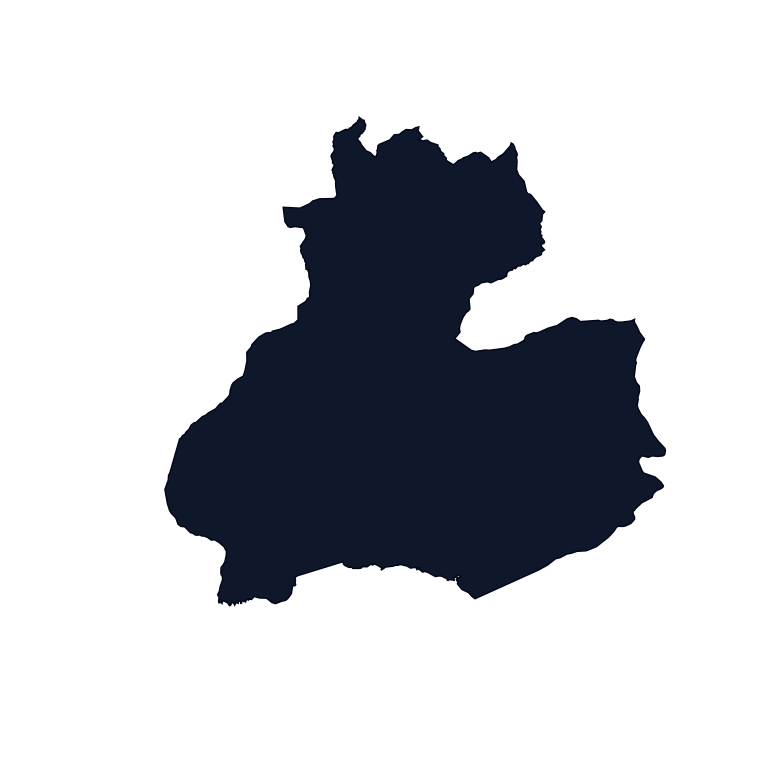 outline of Tumbaya, Jujuy, Argentina, rotated 241°
{"feature_id": "61730980B96811087093060", "entity_name": "Tumbaya", "entity_type": "district", "adm_level": 2, "iso_a3": "ARG", "parent_name": "Argentina", "parent_adm1": "Jujuy", "projection": "mercator", "projection_center": [-65.57, -23.715], "detail": "fine", "context": "isolated", "style": "filled", "palette": "ink", "viewbox_px": 768, "rotation_deg": 241, "n_neighbors": 0, "source": "geoboundaries", "source_scale": "gbopen_adm2", "svg_char_len": 6171}
<svg xmlns="http://www.w3.org/2000/svg" viewBox="0 0 768 768"><g transform="rotate(241 384 384)"><path d="M325.7,162.8L319.3,165.2L314.0,165.1L310.6,163.0L305.5,158.5L303.2,154.6L303.1,153.6L302.0,152.2L298.1,149.9L296.1,149.2L294.1,149.4L290.9,147.8L286.4,142.7L282.5,139.5L280.4,136.4L277.1,136.2L274.0,133.9L272.7,133.6L272.0,135.4L270.6,136.0L272.3,137.1L271.8,138.9L268.4,141.1L265.0,141.5L264.9,142.6L266.9,145.3L266.1,146.1L264.9,145.9L264.6,146.7L263.1,146.3L264.6,148.9L263.0,150.2L264.7,151.0L265.0,152.0L263.1,152.9L261.6,152.4L261.3,153.0L263.2,154.3L263.0,155.2L261.6,156.0L261.5,157.1L260.6,157.3L261.9,158.4L261.5,160.5L260.8,160.7L261.2,161.6L259.8,163.7L261.1,167.5L257.4,171.2L253.9,177.0L252.9,177.8L247.3,180.0L244.5,182.6L243.6,189.4L242.5,193.2L243.2,196.4L245.5,201.3L251.7,206.1L250.8,208.5L251.2,209.4L253.0,209.7L255.4,211.5L256.3,211.4L258.2,213.2L258.2,215.7L248.5,261.8L245.9,261.3L244.5,261.7L240.8,264.3L239.2,267.1L237.9,267.3L235.0,272.4L234.1,274.7L234.7,276.5L232.3,280.8L233.0,285.5L231.4,285.9L231.0,288.6L230.4,289.2L226.6,291.6L224.0,293.0L223.2,291.7L222.6,291.8L223.1,296.8L220.2,303.9L220.1,305.6L218.7,308.3L218.3,310.7L213.6,315.9L210.2,317.9L208.3,322.9L205.8,322.9L206.9,324.6L206.3,325.9L205.5,325.5L205.3,324.5L203.1,325.9L201.4,326.2L200.7,326.8L200.4,328.8L198.0,331.0L190.7,335.6L189.2,339.7L187.1,342.2L185.9,342.5L183.4,344.7L181.7,344.3L181.1,344.9L181.3,346.0L180.6,347.4L178.3,350.2L180.7,351.2L180.2,353.4L181.0,355.6L180.6,357.1L178.6,357.7L178.5,355.6L179.3,354.3L177.6,353.4L178.2,353.0L177.8,352.4L174.8,352.6L173.8,351.4L173.0,351.4L166.5,352.6L160.6,356.8L155.5,358.0L152.1,359.5L146.4,429.4L146.4,439.2L148.0,449.4L146.8,453.6L146.6,461.7L145.2,465.7L144.1,471.7L140.1,480.1L138.8,491.1L141.3,506.3L143.8,513.8L146.1,518.0L145.9,520.1L143.5,524.1L142.8,526.4L142.4,532.4L144.2,537.5L145.9,538.5L150.6,539.2L152.1,540.3L152.1,541.8L153.1,543.6L155.2,552.0L154.9,563.5L157.5,566.3L158.3,568.9L158.7,571.9L158.2,574.2L158.4,577.7L159.5,579.0L164.0,578.6L171.2,576.0L180.1,568.0L182.7,567.6L192.3,568.6L194.7,570.6L196.1,574.1L195.6,575.5L191.8,579.6L191.0,583.9L188.1,588.1L186.2,592.3L185.9,594.0L186.3,595.3L189.6,598.0L191.6,598.4L200.9,596.1L208.9,594.9L222.6,595.8L228.0,595.3L232.3,594.1L238.5,594.2L242.3,594.9L247.5,599.0L249.0,599.4L253.6,603.9L258.5,606.3L262.7,605.4L269.1,606.3L279.1,613.6L280.1,614.9L282.4,615.3L284.3,616.6L292.1,626.0L295.8,631.5L296.3,633.0L297.4,633.5L304.9,632.5L313.0,633.1L315.3,632.8L318.2,633.5L319.1,634.4L319.3,630.8L322.6,622.4L324.9,618.2L327.3,615.9L328.8,615.5L331.0,613.1L331.3,610.2L333.7,604.3L335.8,602.2L343.4,585.9L347.8,583.9L351.0,580.6L352.1,575.7L351.1,563.8L353.2,554.8L354.0,545.0L354.8,541.9L356.3,539.8L357.3,532.4L356.5,530.2L354.9,528.9L354.2,527.3L354.1,519.9L355.3,516.9L355.5,512.0L356.8,506.6L362.3,492.7L364.6,489.1L368.1,479.8L371.0,476.7L389.4,467.8L392.5,475.5L396.1,476.9L399.4,479.6L404.1,485.5L406.7,490.4L407.1,493.5L408.1,495.6L416.7,499.3L417.8,500.7L419.7,505.6L424.9,509.1L425.3,511.5L424.8,514.1L425.4,518.1L423.4,524.0L420.7,526.7L420.3,533.3L419.9,535.8L419.1,536.5L418.8,539.6L419.0,543.5L421.7,545.6L422.2,547.1L422.4,549.1L421.5,551.4L422.6,553.8L421.2,554.8L422.3,558.2L421.0,561.0L421.5,563.7L419.7,565.7L420.0,567.6L419.4,568.5L420.6,571.4L420.0,574.0L421.1,576.1L421.6,579.5L421.0,581.8L421.0,584.5L422.9,585.7L423.6,589.4L427.5,588.4L429.4,588.8L429.8,589.9L429.5,592.2L430.8,593.5L436.4,592.8L437.4,594.1L438.4,593.5L439.8,593.5L441.0,595.0L443.1,595.1L445.3,597.7L448.5,597.6L449.3,598.1L450.3,601.1L455.5,604.7L456.8,608.0L459.7,606.8L468.8,605.9L478.1,604.2L479.6,603.4L480.0,602.2L482.7,601.8L493.4,604.8L501.7,603.0L507.4,603.9L514.2,608.3L518.9,610.1L519.2,611.2L521.0,612.1L525.9,612.5L528.0,613.2L531.1,613.2L533.1,612.1L531.0,609.9L527.4,600.0L527.0,594.0L525.9,590.6L526.2,585.3L531.0,585.2L539.7,580.9L540.8,577.0L542.0,576.5L542.8,574.4L542.4,567.9L543.3,563.1L542.9,560.3L543.4,557.4L542.2,552.6L542.3,550.8L549.5,546.7L551.4,548.0L554.3,546.9L556.5,547.8L560.1,546.3L562.6,546.9L565.2,546.2L566.9,547.0L572.7,541.7L576.3,540.0L577.2,538.0L577.3,536.4L581.1,533.1L581.6,537.7L588.8,536.5L592.0,539.1L592.8,536.1L592.8,531.4L595.8,526.7L595.6,522.2L594.8,518.4L597.0,513.8L594.6,507.4L595.9,496.1L595.3,494.2L592.4,492.2L591.6,491.0L589.5,490.2L586.6,487.4L588.1,485.6L593.0,484.1L596.6,481.4L604.1,480.2L607.2,480.3L610.3,479.5L611.8,480.1L612.7,483.2L613.6,483.5L614.2,485.2L613.8,486.1L614.4,486.8L614.8,488.9L615.6,489.4L616.1,491.0L617.4,491.5L618.5,493.0L619.9,493.7L623.2,493.7L623.4,494.2L624.5,494.3L625.0,493.3L629.2,491.6L627.4,490.3L627.2,488.9L626.2,487.7L625.3,482.5L624.2,480.0L624.4,477.7L623.7,476.3L625.3,473.7L625.7,465.6L626.9,464.7L627.0,463.6L624.9,460.2L621.5,458.5L620.7,456.9L617.7,456.1L616.9,454.8L614.2,454.9L611.7,453.1L610.2,449.6L608.8,448.1L603.9,447.2L602.3,446.2L599.7,446.9L596.2,442.3L594.0,442.3L593.4,441.5L591.4,441.7L590.5,440.9L585.3,440.3L580.3,437.6L571.8,434.4L570.3,430.5L577.2,417.3L578.6,410.3L577.7,406.6L578.5,395.8L587.4,381.5L574.0,376.1L568.1,376.5L566.4,378.1L564.8,382.6L559.8,389.4L551.5,388.1L549.0,385.6L545.0,377.7L542.7,377.3L541.6,376.1L539.2,375.2L535.7,375.2L533.9,374.5L532.5,375.1L528.8,374.2L527.3,374.4L526.3,373.3L522.0,371.5L520.3,373.9L520.0,372.5L518.0,372.3L513.9,370.3L509.7,369.5L505.7,367.8L500.4,363.4L496.2,361.3L495.7,359.9L496.0,358.6L494.1,355.7L493.6,346.5L481.7,339.9L480.5,334.4L481.2,332.3L482.2,319.7L484.2,312.3L483.5,309.5L484.7,308.3L485.9,305.0L485.6,297.1L482.5,287.7L480.6,285.8L478.2,279.4L470.7,275.4L463.1,269.0L459.1,264.7L459.1,258.3L458.1,252.6L456.7,250.3L453.1,246.5L449.4,243.9L448.2,241.3L445.7,233.5L446.2,231.5L445.9,229.9L443.9,224.8L443.9,216.7L443.1,212.6L443.5,209.3L441.5,200.8L442.1,198.7L441.5,195.5L439.0,191.6L437.8,187.4L436.6,185.5L436.5,182.7L435.3,180.8L435.0,178.6L410.4,154.0L408.5,151.3L404.5,148.7L397.9,141.2L384.4,136.6L377.4,135.2L374.1,135.3L367.6,137.0L361.1,135.9L357.9,137.4L355.8,140.5L347.9,142.6L346.1,144.5L344.0,145.4L342.5,146.9L341.5,149.5L339.4,151.0L338.1,153.1L335.3,155.4L331.3,157.2L329.8,160.4L325.7,162.8Z" fill="#0f172a" stroke="#020617" stroke-width="1.5"/></g></svg>